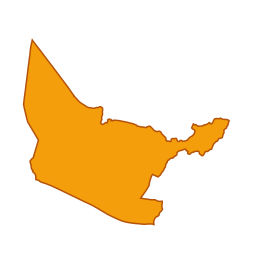 the district of Tapin, Kalimantan Selatan, Indonesia, rotated 353°
{"feature_id": "22746128B54842505361870", "entity_name": "Tapin", "entity_type": "district", "adm_level": 2, "iso_a3": "IDN", "parent_name": "Indonesia", "parent_adm1": "Kalimantan Selatan", "projection": "mercator", "projection_center": [115.129, -2.868], "detail": "fine", "context": "isolated", "style": "filled", "palette": "amber", "viewbox_px": 256, "rotation_deg": 353, "n_neighbors": 0, "source": "geoboundaries", "source_scale": "gbopen_adm2", "svg_char_len": 5448}
<svg xmlns="http://www.w3.org/2000/svg" viewBox="0 0 256 256"><g transform="rotate(353 128 128)"><path d="M229.0,132.8L228.6,132.4L227.0,131.6L223.6,131.0L222.0,130.3L220.9,129.4L219.7,129.9L219.4,129.9L218.6,129.7L217.4,129.4L216.1,129.5L215.8,129.4L215.0,129.6L214.0,130.8L213.6,131.4L213.5,131.9L212.7,132.9L211.5,134.0L210.8,134.1L210.2,133.6L209.8,132.8L209.7,132.7L209.4,132.5L209.2,132.6L208.3,133.2L207.4,133.7L205.3,134.3L203.9,134.3L203.4,134.4L203.4,134.5L203.2,134.7L203.0,134.8L202.3,135.0L201.4,135.1L199.3,134.9L197.8,134.7L196.9,134.1L195.9,133.0L195.3,133.0L194.4,133.0L193.4,131.9L192.8,132.9L191.3,135.5L191.4,136.1L191.6,136.4L192.3,137.1L193.8,138.0L194.0,138.3L193.9,138.5L194.0,139.1L193.8,140.2L193.2,141.2L193.0,141.9L192.7,142.1L192.2,142.6L190.3,144.0L189.7,144.1L188.6,144.6L185.2,147.3L183.5,147.8L181.7,147.9L180.5,147.8L179.7,146.9L178.7,146.7L178.0,146.9L177.6,147.3L176.8,147.5L176.0,147.5L175.5,146.9L174.8,144.4L174.0,144.1L173.2,144.1L172.2,144.2L171.4,143.9L170.7,143.9L170.0,144.0L169.5,144.6L169.0,146.4L168.6,146.7L167.0,146.0L165.9,145.7L164.7,145.7L164.4,145.0L164.2,142.2L161.0,138.2L160.6,137.5L160.2,136.1L159.0,135.1L157.9,134.9L156.5,135.2L156.0,134.9L154.8,134.3L153.8,133.9L152.7,132.3L152.5,132.0L150.3,129.1L149.7,128.8L149.3,128.8L148.8,128.8L148.4,129.0L146.6,129.3L146.0,129.7L145.0,129.6L143.2,128.9L140.3,128.3L140.0,128.1L137.1,127.1L136.9,126.3L133.4,124.3L131.4,123.6L125.4,121.3L123.9,120.9L120.1,119.6L115.1,118.5L114.1,119.1L113.5,118.6L112.9,118.8L112.1,118.7L112.0,118.3L112.2,117.6L111.5,117.6L110.7,116.8L109.8,117.0L109.3,117.1L108.7,117.7L108.8,118.3L108.8,118.8L108.6,119.1L108.5,119.4L108.2,120.1L107.7,120.3L107.0,119.9L106.6,119.8L106.2,120.0L104.7,120.9L103.2,121.5L102.5,120.8L101.8,120.3L101.6,120.1L101.5,119.8L101.5,119.7L101.8,119.1L101.7,118.7L103.1,116.2L103.1,115.0L103.1,114.9L103.0,114.6L103.0,114.4L103.1,113.8L104.4,111.6L104.4,111.4L104.4,111.2L104.6,108.3L104.9,107.8L105.2,105.5L104.8,104.6L104.3,104.2L103.5,103.6L102.6,103.5L100.6,104.1L99.3,103.8L97.3,104.2L96.0,104.2L94.9,103.9L94.5,103.7L90.9,102.7L89.5,101.8L87.5,100.0L87.2,99.8L84.7,97.8L82.7,95.8L81.4,94.0L80.9,93.4L79.3,90.9L78.6,90.4L78.1,89.5L78.3,89.3L78.2,89.2L76.9,86.9L74.1,81.6L73.9,81.1L64.8,65.3L60.4,57.6L59.3,55.8L53.5,45.8L49.6,39.1L45.0,31.3L44.3,30.1L43.8,29.2L43.7,29.0L41.5,35.2L40.9,37.5L40.3,40.0L39.2,44.9L38.9,45.5L38.7,46.2L38.6,46.8L38.5,47.0L38.4,47.5L38.5,47.5L38.3,48.0L36.2,56.2L36.0,57.0L35.8,57.8L34.7,62.2L33.4,67.5L31.9,73.2L30.5,79.0L30.4,79.2L30.0,80.8L29.4,83.1L28.4,87.0L27.3,91.6L27.2,91.8L27.3,92.1L27.3,92.5L27.4,94.8L28.8,107.3L29.0,108.4L29.4,110.4L33.9,120.5L37.5,128.8L37.4,129.8L35.3,134.5L31.8,142.5L30.4,145.8L30.1,146.1L29.9,146.3L29.7,146.4L29.2,146.5L27.1,148.5L26.9,148.7L26.8,148.8L26.7,148.9L26.7,149.1L26.7,149.3L26.7,149.6L26.7,149.9L26.8,150.2L26.8,150.6L27.0,151.3L27.1,152.2L27.1,152.5L27.2,153.2L27.2,153.5L27.2,153.9L27.2,154.3L27.2,155.4L27.2,156.0L27.3,156.3L27.3,156.8L27.4,157.2L27.5,157.3L28.4,158.3L28.5,158.6L28.2,159.0L28.0,159.3L28.1,159.5L28.2,159.8L28.6,160.4L29.4,161.4L29.6,161.6L29.8,162.0L30.2,162.5L30.4,163.0L30.4,163.7L30.5,164.0L30.6,165.6L30.4,165.9L30.3,167.5L30.3,168.0L32.9,169.1L33.3,169.4L33.5,169.6L34.0,170.3L34.6,170.7L35.1,171.1L36.8,171.9L39.7,173.2L45.4,176.3L50.8,179.7L58.9,184.9L64.1,188.3L65.2,189.0L71.1,192.8L75.4,195.6L78.9,197.7L81.0,199.1L84.1,201.1L87.7,203.8L92.2,207.3L92.5,207.5L97.1,211.1L99.9,213.0L101.0,213.7L105.0,216.2L109.1,218.7L112.0,220.1L115.9,221.6L119.0,222.5L123.8,223.7L128.2,224.6L128.4,224.7L132.3,225.5L132.9,225.6L135.9,225.7L140.2,226.2L142.0,227.0L142.0,225.5L142.0,224.1L142.5,223.4L142.5,223.0L143.0,222.1L143.9,220.7L144.3,220.3L145.3,219.6L146.4,219.3L147.4,218.9L148.0,218.5L148.8,216.3L150.0,215.1L151.2,214.3L152.4,212.7L152.0,211.5L152.1,210.7L152.1,209.2L152.9,206.6L153.0,204.8L151.0,204.8L148.5,204.2L146.1,202.5L143.8,202.2L143.3,202.2L140.7,201.7L139.2,201.1L137.4,200.7L137.3,200.8L133.5,199.6L132.0,199.2L134.5,196.4L136.7,194.0L138.3,192.2L140.6,189.3L141.7,187.9L142.0,187.2L142.1,186.6L142.6,185.0L143.4,182.8L144.7,180.1L145.6,178.4L146.6,177.0L151.8,180.2L154.4,178.6L156.0,176.4L157.5,175.0L158.1,174.3L159.3,172.4L160.1,171.6L160.6,170.4L161.0,169.1L161.1,168.7L161.4,168.3L161.6,168.2L162.2,167.1L162.5,167.0L162.7,166.9L162.9,166.6L162.9,166.0L163.0,165.8L163.7,164.9L164.4,164.9L165.3,164.0L166.9,163.4L167.6,163.2L168.8,163.4L169.2,162.7L170.0,162.5L170.4,162.0L171.1,161.8L171.5,161.5L172.5,161.0L173.3,160.5L173.4,159.3L173.6,158.5L174.1,157.9L174.7,157.7L175.9,157.0L176.6,156.8L177.7,156.8L178.3,156.7L179.1,156.6L181.2,155.9L181.7,155.9L182.8,156.2L182.8,157.2L183.2,157.8L183.9,157.9L184.5,158.4L184.7,158.7L184.6,159.2L184.2,159.7L184.2,160.6L184.4,161.0L185.9,161.5L186.9,161.2L187.4,160.6L189.3,159.9L190.1,160.0L191.2,159.5L191.6,159.4L191.7,159.5L192.8,159.3L193.7,159.6L194.9,159.6L195.4,160.1L195.7,160.9L195.7,161.7L196.1,162.7L198.1,164.6L198.8,164.5L199.8,163.8L201.8,161.0L202.1,160.8L204.3,161.0L205.3,160.2L205.5,160.2L206.9,159.3L208.4,159.2L208.7,158.6L210.6,154.9L212.2,153.3L213.0,152.8L213.9,152.1L214.8,152.0L215.2,151.8L215.5,151.4L216.4,150.1L217.2,149.5L219.1,149.4L220.3,149.0L220.5,148.9L221.3,146.6L222.7,144.4L222.8,143.7L222.9,141.9L224.1,140.8L225.7,140.1L225.9,139.7L226.3,138.3L227.1,137.7L227.3,137.7L228.1,135.7L228.7,134.0L229.3,133.2L229.0,132.8Z" fill="#f59e0b" stroke="#b45309" stroke-width="1.5"/></g></svg>